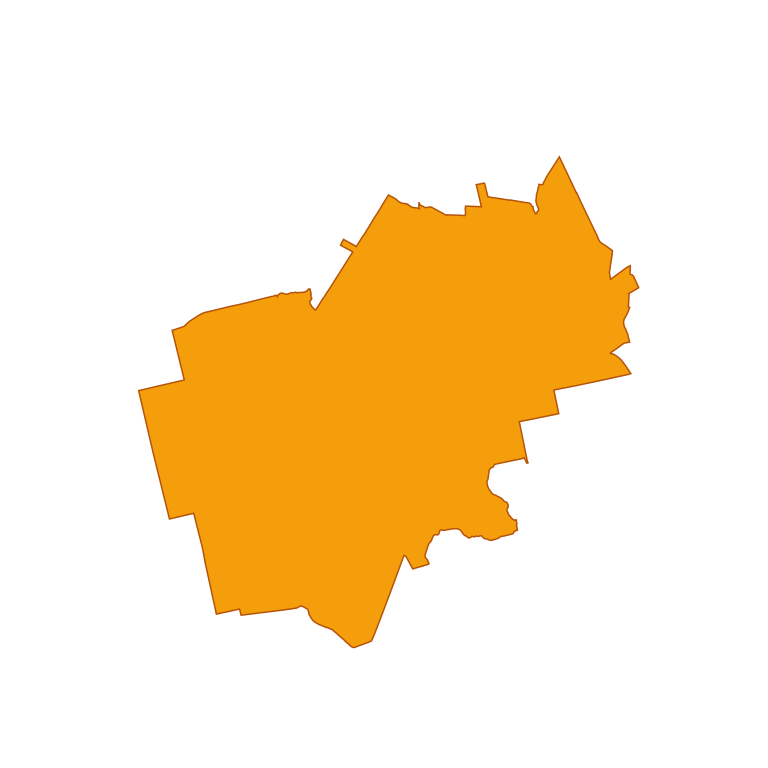 Draganesti-Vlasca, Teleorman, Romania (Albers equal-area conic projection), rotated 21°
{"feature_id": "2599482B67240297186090", "entity_name": "Draganesti-Vlasca", "entity_type": "district", "adm_level": 2, "iso_a3": "ROU", "parent_name": "Romania", "parent_adm1": "Teleorman", "projection": "albers", "projection_center": [25.585, 44.073], "detail": "fine", "context": "isolated", "style": "filled", "palette": "amber", "viewbox_px": 768, "rotation_deg": 21, "n_neighbors": 0, "source": "geoboundaries", "source_scale": "gbopen_adm2", "svg_char_len": 6134}
<svg xmlns="http://www.w3.org/2000/svg" viewBox="0 0 768 768"><g transform="rotate(21 384 384)"><path d="M449.3,641.1L450.0,640.8L450.9,640.6L453.1,638.5L462.4,630.4L464.4,628.3L464.5,626.1L464.7,622.3L464.8,614.2L464.6,577.9L464.1,536.9L466.4,537.2L477.1,546.3L489.6,536.8L490.5,535.7L488.4,533.5L487.8,532.8L485.9,531.8L484.6,530.8L483.8,529.9L483.6,528.2L483.2,521.7L483.1,520.2L483.2,516.6L483.9,514.9L484.3,513.8L484.4,512.4L484.3,511.3L484.5,508.2L485.0,506.9L486.3,506.1L487.8,505.8L488.6,505.2L488.9,504.3L488.7,501.3L488.9,500.1L489.9,499.6L491.6,499.5L492.2,499.3L495.2,497.4L497.7,496.0L500.6,494.2L503.0,493.3L504.5,492.9L506.4,492.9L507.6,493.0L508.7,493.6L511.3,495.4L513.5,496.6L514.2,496.4L515.2,496.5L516.1,496.7L516.8,497.1L518.0,497.4L519.1,496.9L519.9,496.2L520.3,495.4L520.8,494.7L521.6,494.4L522.4,494.5L523.1,494.4L524.4,493.2L525.0,492.8L526.8,492.4L527.2,492.1L528.2,491.3L528.8,490.9L529.5,490.8L530.3,491.1L532.2,492.2L532.7,492.2L534.9,492.1L535.5,491.9L538.4,491.9L539.6,491.8L540.6,491.3L542.1,490.2L545.3,487.7L546.0,487.0L546.6,486.3L547.5,484.5L549.9,483.3L551.6,482.2L556.2,478.9L558.2,477.4L558.4,475.7L558.6,475.0L558.9,474.5L559.6,473.7L560.6,472.8L560.9,472.7L559.8,470.6L559.5,470.4L558.9,469.3L558.4,468.9L558.2,468.0L558.2,467.4L558.3,467.1L556.0,463.3L555.9,463.3L555.8,463.9L555.6,464.2L555.1,464.3L553.3,464.3L551.7,463.8L548.6,461.9L547.6,461.6L545.6,459.4L544.5,458.6L544.2,458.3L544.0,458.0L543.8,457.3L543.9,456.8L543.9,454.5L543.9,454.0L543.6,453.3L543.4,452.7L542.8,452.0L541.3,450.6L540.6,450.4L539.4,450.5L538.4,450.4L537.8,450.2L536.6,449.5L535.5,449.0L534.2,448.6L532.6,448.3L531.2,448.3L529.0,447.9L526.8,447.9L525.2,447.8L524.7,447.7L524.1,447.5L521.4,445.6L520.0,444.8L518.7,443.7L517.7,442.6L516.1,440.5L515.5,439.3L515.1,437.7L515.1,435.2L514.7,433.7L514.6,433.3L514.0,430.7L513.6,429.2L513.3,427.8L513.3,427.4L513.1,426.7L513.3,426.0L513.3,425.4L513.6,424.5L514.0,423.9L514.6,423.5L515.0,423.1L515.6,422.3L515.8,421.5L515.8,420.1L516.0,419.5L518.0,418.1L532.0,409.1L532.7,408.6L539.3,404.5L540.7,402.9L541.1,402.7L541.8,403.2L545.8,406.7L546.3,406.4L546.7,405.9L545.6,404.9L523.8,370.7L557.8,349.1L545.6,330.1L544.9,328.6L566.1,315.3L599.9,293.3L609.4,287.0L610.7,285.8L603.3,280.6L597.0,276.6L594.3,275.6L591.6,274.7L589.6,274.2L587.3,273.9L585.7,274.0L584.6,274.3L584.5,273.3L588.4,267.7L593.4,259.9L598.3,256.9L593.8,250.4L589.8,246.0L588.6,245.0L587.8,244.3L587.2,243.4L586.5,242.4L585.6,240.6L585.3,239.6L585.0,237.8L585.0,237.0L585.7,232.5L585.9,230.6L586.0,228.5L585.9,226.9L586.0,224.5L584.3,224.4L584.4,224.0L580.4,211.8L580.2,211.8L587.3,202.8L578.5,194.1L576.9,193.3L574.3,193.2L571.6,185.3L569.2,187.7L558.0,205.1L554.5,199.2L551.6,186.3L550.6,181.4L549.5,177.7L545.7,176.6L541.0,175.4L536.5,174.5L535.0,173.9L534.0,173.4L532.5,172.1L529.6,169.0L527.2,166.8L526.7,166.3L520.3,160.3L512.8,153.2L507.5,148.2L501.2,142.2L495.4,136.5L495.2,136.7L474.6,117.0L466.3,109.1L461.4,132.8L461.4,133.9L461.3,134.9L461.2,135.9L460.9,137.5L460.8,138.8L460.8,140.2L460.8,140.9L458.6,141.8L457.2,142.0L457.3,142.7L457.6,144.4L457.6,146.1L458.1,147.9L458.1,148.4L458.3,149.9L458.4,152.2L458.6,153.1L458.8,153.5L459.6,156.2L459.9,157.7L460.0,158.1L460.6,159.3L462.3,161.8L464.7,164.2L465.4,165.1L466.0,166.0L466.0,166.9L465.2,168.4L465.3,168.9L465.5,169.7L465.5,169.9L465.2,170.4L464.8,170.7L464.5,170.8L461.1,167.8L460.4,166.7L459.6,165.1L458.2,164.8L456.9,163.7L455.9,163.2L454.9,163.0L445.3,165.1L435.7,167.0L435.7,167.3L424.0,169.8L417.5,171.3L414.0,172.0L410.5,167.1L409.5,165.8L408.1,163.5L405.8,160.5L405.1,160.8L402.5,162.5L398.7,164.8L411.4,183.6L396.4,188.7L397.1,191.5L398.2,193.5L399.4,197.0L399.4,197.5L399.2,197.8L398.1,198.0L396.9,198.6L395.8,198.7L395.2,198.9L393.7,199.5L392.1,200.0L388.4,201.4L384.9,202.6L382.5,203.4L382.0,203.6L382.0,203.8L382.0,204.2L364.9,201.9L364.5,202.0L363.6,202.2L360.3,204.1L359.2,204.5L358.7,204.5L356.8,204.2L353.6,204.0L353.2,203.7L352.8,203.3L352.1,202.3L351.7,202.4L352.4,204.5L352.9,205.6L353.4,206.7L354.1,207.7L352.5,207.7L351.8,207.8L350.2,208.2L349.4,208.4L348.5,208.7L346.8,209.0L342.1,208.0L341.9,207.6L341.2,207.8L340.6,207.7L340.2,207.7L339.7,207.8L338.9,208.2L338.3,208.4L337.5,208.4L337.1,208.6L336.2,208.6L335.4,208.7L334.4,208.8L332.3,208.4L330.5,207.8L330.1,207.5L329.8,207.4L328.4,207.0L325.3,206.5L323.0,206.3L321.3,206.0L320.5,205.8L319.0,213.4L316.8,225.8L316.2,228.8L315.5,231.8L315.1,234.2L312.1,250.5L311.1,254.3L308.9,265.5L294.3,263.5L293.7,270.0L304.9,271.5L307.5,271.9L299.0,314.4L297.3,321.9L297.1,323.9L296.9,324.7L296.5,325.3L296.4,325.6L294.8,334.2L293.9,338.3L293.6,339.5L292.4,339.1L291.4,338.9L290.6,338.3L289.5,338.0L288.5,337.2L286.4,335.7L285.7,335.0L285.6,334.7L285.4,334.0L285.1,333.4L285.1,333.2L285.9,331.2L285.9,330.0L285.8,329.8L285.0,329.2L284.2,328.3L284.1,327.7L283.9,327.5L284.0,327.0L283.7,326.6L283.7,326.2L283.4,325.8L283.1,325.2L282.9,325.0L282.8,324.5L282.3,324.0L281.6,322.9L281.4,322.4L281.0,321.9L280.4,321.8L279.8,322.3L279.3,322.9L279.0,323.7L279.1,324.3L279.0,324.6L278.2,325.1L277.2,326.3L276.6,326.8L275.8,327.3L271.8,329.1L270.3,330.0L269.0,329.9L268.6,329.9L267.2,331.0L265.9,331.7L265.7,331.7L265.4,331.7L265.0,331.8L264.2,332.6L263.1,333.3L261.8,334.6L261.4,334.9L260.1,335.3L259.2,335.4L257.6,335.6L256.5,335.5L256.0,335.6L254.6,336.7L253.5,338.2L253.2,338.7L252.9,339.5L252.9,339.9L253.0,340.6L252.3,340.1L251.7,340.0L251.0,340.1L250.5,340.3L250.2,340.6L250.0,341.1L249.6,341.5L247.6,342.6L226.4,357.5L220.1,361.8L211.2,367.6L199.1,376.0L191.3,381.3L189.3,383.0L186.2,386.6L179.7,395.5L176.7,401.9L167.8,409.3L167.0,409.8L196.1,451.8L157.3,478.1L193.7,531.8L232.1,586.9L252.7,572.9L273.4,602.3L281.1,614.9L310.0,658.9L329.8,645.9L333.4,651.0L334.3,650.6L372.4,630.3L382.7,624.5L385.3,621.5L385.9,621.1L386.8,620.9L387.8,620.8L389.0,620.9L389.4,621.1L392.7,621.5L393.7,621.9L394.1,622.1L394.4,622.5L395.7,624.6L396.1,625.3L396.9,626.2L399.8,628.6L401.3,629.6L403.7,630.8L404.9,631.1L409.3,631.8L417.2,632.0L417.2,631.7L423.8,631.9L439.9,637.8L439.9,638.1L443.9,639.4L446.8,640.6L448.9,641.1L449.3,641.1Z" fill="#f59e0b" stroke="#b45309" stroke-width="1.5"/></g></svg>